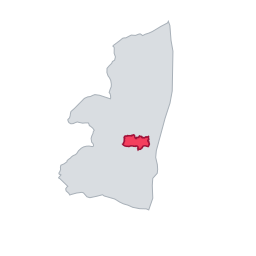 location of District #2, Grand Bassa, Liberia, rotated 243°
{"feature_id": "62588387B28377115536759", "entity_name": "District #2", "entity_type": "district", "adm_level": 2, "iso_a3": "LBR", "parent_name": "Liberia", "parent_adm1": "Grand Bassa", "projection": "orthographic", "projection_center": [-9.849, 6.418], "detail": "fine", "context": "in_parent", "style": "filled", "palette": "rose", "viewbox_px": 256, "rotation_deg": 243, "n_neighbors": 0, "source": "geoboundaries", "source_scale": "gbopen_adm2", "svg_char_len": 5528}
<svg xmlns="http://www.w3.org/2000/svg" viewBox="0 0 256 256"><g transform="rotate(243 128 128)"><path d="M45.6,109.3L47.7,107.5L50.8,101.8L55.2,96.2L59.3,92.9L62.5,89.5L65.9,86.9L70.8,83.9L78.3,75.9L80.1,75.0L81.3,69.5L83.2,62.4L85.3,60.2L90.4,58.9L91.6,57.7L93.4,52.7L94.6,47.0L94.7,45.7L96.7,45.6L100.1,44.3L102.1,44.9L103.0,46.5L103.4,47.9L113.8,44.3L114.7,43.6L115.3,43.7L116.6,47.0L117.3,46.8L117.9,45.8L118.6,45.7L119.4,46.2L120.3,47.7L121.6,49.1L123.8,50.0L125.3,51.3L125.1,54.8L125.6,58.2L126.6,59.0L127.1,61.0L127.4,63.2L127.9,64.3L128.3,66.6L128.1,69.0L128.5,70.7L130.2,73.6L131.2,77.2L131.3,79.8L130.7,82.6L129.6,85.1L127.6,87.8L127.5,88.9L128.6,89.6L130.4,89.7L131.8,89.2L135.5,90.4L137.4,92.2L139.1,94.4L140.6,95.5L141.3,96.9L144.0,96.5L147.0,95.2L147.6,94.6L148.5,94.9L150.5,95.0L151.8,92.6L152.9,89.8L155.3,86.8L156.4,85.6L156.7,83.7L156.8,81.2L157.7,79.0L159.6,77.8L161.7,77.8L162.9,78.3L163.5,80.4L165.1,82.0L166.6,83.0L167.3,83.5L168.6,84.7L169.7,89.0L174.2,102.6L174.0,106.3L173.1,108.8L173.1,111.2L172.8,113.6L170.1,117.5L162.0,125.5L162.6,126.2L164.6,127.1L166.6,127.6L168.2,127.3L170.2,129.3L172.4,131.8L174.7,133.1L178.1,134.2L181.0,134.3L183.5,133.9L187.0,134.4L190.7,136.4L192.1,139.8L193.0,142.8L194.3,144.3L194.5,146.9L197.1,149.1L200.9,149.6L205.8,152.2L207.1,152.1L207.6,151.7L208.2,152.2L209.5,159.9L210.4,164.0L210.0,165.6L209.3,166.9L209.3,173.1L207.1,176.7L206.7,180.6L206.1,181.8L203.7,183.0L203.7,186.0L203.1,189.6L202.9,193.4L203.6,203.5L203.7,211.0L204.8,212.4L200.2,211.8L186.5,206.1L176.0,202.9L140.9,184.2L131.1,176.7L119.9,165.5L94.9,142.9L89.2,139.3L82.0,137.5L77.6,135.6L74.4,133.5L71.9,127.2L65.7,123.5L54.2,118.2L45.6,109.3Z" fill="#d9dde1" stroke="#a8b0b8" stroke-width="1"/><path d="M104.0,139.8L104.3,139.8L104.4,139.7L104.5,139.8L104.8,139.8L105.0,139.9L105.3,139.9L105.3,140.0L105.5,140.0L105.8,140.1L105.7,139.9L105.8,139.8L106.0,139.8L106.1,140.0L106.3,140.0L106.5,140.1L106.8,140.1L106.9,139.9L107.0,139.8L107.3,140.0L107.5,140.0L107.8,139.9L108.1,140.0L108.2,140.3L108.1,140.5L108.2,141.0L108.3,141.2L108.4,141.4L108.5,141.5L109.1,141.6L109.4,141.6L109.6,141.6L109.8,141.7L110.1,141.8L110.3,142.0L110.6,142.2L110.8,142.4L111.2,142.4L111.2,142.1L111.2,141.6L111.2,141.1L111.2,140.9L111.2,140.7L111.4,140.6L111.7,140.5L111.8,140.3L111.9,140.1L112.0,139.9L111.9,139.8L111.7,139.6L112.0,139.3L112.0,139.1L111.9,138.8L111.8,138.7L111.8,138.3L111.8,138.0L111.9,137.8L112.1,137.7L112.3,137.4L112.4,137.1L112.5,136.9L112.7,137.1L112.8,137.0L113.0,136.5L113.1,136.3L113.1,136.1L113.3,136.0L113.5,136.0L113.9,136.3L114.1,136.4L114.3,136.3L114.4,136.2L114.5,135.9L114.8,135.5L114.8,135.3L114.9,135.1L115.1,135.0L115.4,134.8L115.5,134.8L115.7,134.7L115.6,134.3L115.4,134.0L115.4,133.9L115.2,133.7L114.9,133.5L114.7,133.3L114.8,133.1L114.9,132.8L115.1,132.5L115.3,132.1L115.6,131.8L115.7,131.6L115.7,131.4L115.6,131.2L115.4,130.9L115.2,130.9L114.8,130.8L115.0,130.4L115.0,130.2L115.3,130.1L115.5,130.0L115.7,129.9L116.0,130.0L116.3,130.0L116.6,130.0L116.7,129.9L116.9,129.9L117.2,130.0L117.6,130.2L118.0,130.3L118.3,130.4L118.5,130.4L118.8,130.2L119.2,130.0L119.3,130.0L119.3,129.8L119.4,129.7L119.4,129.4L119.5,129.3L119.5,129.2L119.4,128.8L119.5,128.7L119.7,128.4L119.5,128.2L119.4,128.1L119.3,127.9L119.3,127.6L119.6,127.3L119.7,127.1L119.8,127.1L119.8,126.9L119.9,126.7L120.0,126.6L120.2,126.4L120.2,126.2L120.3,126.1L120.4,125.9L120.5,125.7L120.7,125.4L120.9,125.0L120.9,124.8L121.0,124.7L121.1,124.2L121.3,124.1L121.2,124.0L121.3,123.9L121.3,123.7L121.4,123.4L121.4,123.2L121.7,122.9L121.9,122.5L121.8,122.4L122.0,122.2L122.0,121.8L122.1,121.6L122.1,121.1L121.9,120.9L121.7,120.8L121.6,120.7L121.4,120.6L121.3,120.4L121.1,120.4L121.0,120.5L120.9,120.4L120.7,120.4L120.8,120.2L120.7,120.2L120.4,119.9L120.0,119.8L119.8,119.6L119.6,119.5L119.4,119.5L119.2,119.4L118.9,119.4L118.8,119.2L118.7,119.2L118.4,119.1L118.3,118.8L118.2,118.8L117.8,118.8L117.7,118.7L117.7,118.4L117.5,118.2L117.2,118.0L117.2,117.8L117.1,117.7L116.9,117.5L116.8,117.3L116.6,117.3L116.6,117.2L116.4,117.0L116.3,116.9L116.2,116.7L116.0,116.4L116.0,116.0L116.0,115.9L115.1,116.1L114.3,116.5L113.4,117.1L113.0,117.6L112.2,118.6L111.9,119.3L111.8,119.5L111.5,119.9L111.3,120.0L111.2,120.2L111.2,120.4L111.1,120.5L111.1,120.8L110.9,121.1L110.9,121.3L110.9,122.4L110.9,122.5L110.7,122.8L110.5,123.0L110.4,123.1L110.3,123.3L110.2,123.6L110.1,123.8L109.9,124.0L109.6,124.5L109.3,124.5L109.2,124.6L109.2,124.8L109.0,125.1L108.9,125.3L108.8,125.6L108.7,125.7L108.5,125.8L108.4,126.0L108.5,126.1L108.5,126.3L108.4,126.3L108.3,126.5L108.2,126.6L108.3,126.7L108.3,126.9L108.3,127.0L108.2,127.1L108.1,127.3L108.1,127.5L107.9,127.7L107.9,127.8L107.7,127.9L107.5,128.0L107.4,128.0L107.2,128.1L106.9,128.2L106.8,128.3L106.7,128.3L106.4,128.3L106.4,128.2L106.0,128.0L105.8,127.9L105.7,127.7L105.6,127.8L105.3,127.8L105.2,127.8L105.1,127.7L104.9,127.6L104.8,127.4L104.7,127.4L104.4,127.4L104.4,127.2L104.2,127.0L103.9,127.0L104.1,127.4L104.1,127.8L104.0,128.2L103.7,128.8L103.5,129.1L103.5,129.3L103.4,129.5L103.6,130.2L103.6,130.3L103.8,130.6L104.0,130.9L104.0,131.0L103.9,131.4L103.9,131.6L103.9,131.8L104.1,132.0L104.3,132.2L104.6,132.4L104.8,132.5L104.9,132.8L104.9,133.0L104.9,133.4L104.8,134.2L104.7,134.5L104.4,135.1L104.1,135.6L103.9,135.8L103.5,136.1L103.2,136.6L102.9,136.9L102.5,137.2L102.4,137.4L102.3,137.5L102.4,137.8L102.5,138.0L102.8,138.3L102.9,138.5L103.0,138.6L103.2,138.9L103.4,139.1L103.7,139.1L103.8,139.2L103.9,139.3L103.9,139.7L104.0,139.8Z" fill="#f43f5e" stroke="#9f1239" stroke-width="1.5"/></g></svg>